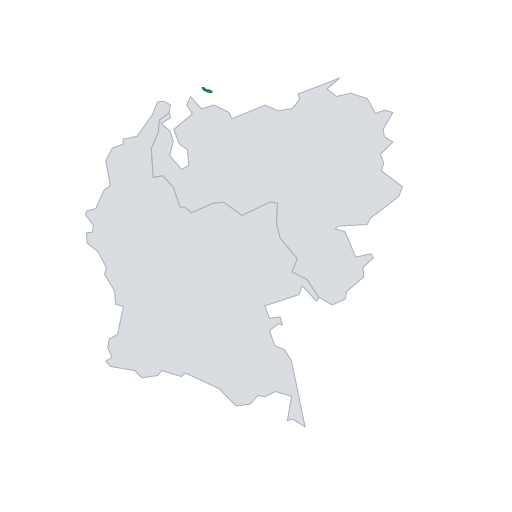 Curaçao and the surrounding countries, rotated 341°
{"feature_id": "CUW", "entity_name": "Curaçao", "entity_type": "country or territory", "adm_level": 0, "iso_a3": "CUW", "parent_name": "North America", "parent_adm1": "", "projection": "natural_earth1", "projection_center": [-68.965, 12.213], "detail": "fine", "context": "with_neighbors", "style": "filled", "palette": "green", "viewbox_px": 512, "rotation_deg": 341, "n_neighbors": 2, "source": "natural_earth", "source_scale": "50m", "svg_char_len": 2221}
<svg xmlns="http://www.w3.org/2000/svg" viewBox="0 0 512 512"><g transform="rotate(341 256 256)"><path d="M302.1,315.8L298.6,318.5L289.9,299.2L283.9,306.5L248.2,306.0L248.4,319.3L259.1,321.5L258.5,329.6L254.8,327.4L244.5,330.9L244.4,346.4L252.5,354.1L255.4,366.2L246.8,433.6L237.6,422.3L232.1,421.8L243.9,400.3L229.9,390.3L218.9,392.1L212.3,388.5L202.2,394.1L188.5,391.4L177.7,369.2L151.1,343.6L146.2,345.7L129.4,333.6L124.2,337.0L108.6,334.0L104.1,324.9L82.4,313.1L79.9,306.5L86.8,305.0L86.0,294.3L90.3,286.6L99.4,285.2L114.2,260.7L107.4,255.7L110.9,243.4L106.9,224.0L110.8,218.4L108.0,200.4L100.6,189.1L103.0,178.8L108.9,180.3L112.4,174.0L108.2,161.5L110.5,158.4L119.9,159.1L133.7,144.3L141.2,142.0L144.9,117.0L155.4,107.2L166.9,106.8L168.4,102.3L182.6,104.1L204.1,88.6L213.0,78.4L219.4,79.7L224.2,85.3L220.6,92.4L208.9,96.0L204.3,106.6L191.9,120.6L184.5,148.2L193.9,149.6L200.3,164.0L200.1,184.9L204.6,186.7L209.0,194.1L232.5,192.0L243.1,194.7L256.0,213.0L287.0,209.4L293.5,213.1L286.1,231.6L284.7,246.9L294.2,272.0L285.0,282.6L296.5,294.7L302.1,315.8Z" fill="#d9dde1" stroke="#a8b0b8" stroke-width="1"/><path d="M402.1,216.0L417.0,238.1L410.3,246.2L376.7,257.4L371.4,262.4L343.2,254.4L339.8,256.4L348.0,261.9L349.9,289.5L365.4,291.3L366.4,295.7L353.3,301.8L351.2,310.8L330.0,319.2L326.4,325.7L312.2,327.1L302.1,315.8L296.5,294.7L285.0,282.6L294.2,272.0L284.7,246.9L286.1,231.6L293.5,213.1L287.0,209.4L256.0,213.0L243.1,194.7L232.5,192.0L209.0,194.1L204.6,186.7L200.1,184.9L200.3,164.0L193.9,149.6L184.5,148.2L191.9,120.6L204.3,106.6L208.9,96.0L220.6,92.4L220.1,97.4L209.4,99.9L215.3,109.6L215.1,120.7L207.0,133.0L213.9,149.9L221.8,148.5L225.9,133.1L220.2,125.7L219.4,109.6L242.1,100.9L239.6,90.9L246.0,84.2L252.5,99.2L265.3,99.5L277.1,111.3L277.8,118.4L313.7,116.4L324.2,125.9L338.2,128.5L348.4,121.9L348.6,116.5L393.0,115.0L377.6,121.2L383.8,131.3L398.4,132.9L412.4,143.3L415.4,160.3L424.9,159.8L432.1,164.9L417.7,177.3L416.1,185.1L422.4,192.9L406.6,200.3L407.0,210.1L402.1,216.0Z" fill="#d9dde1" stroke="#a8b0b8" stroke-width="1"/><path d="M267.7,86.4L266.7,86.7L263.2,84.7L260.3,81.3L260.2,79.6L261.0,79.7L261.7,80.4L262.9,82.7L266.3,84.3L267.7,86.4Z" fill="#22c55e" stroke="#15803d" stroke-width="1.5"/></g></svg>